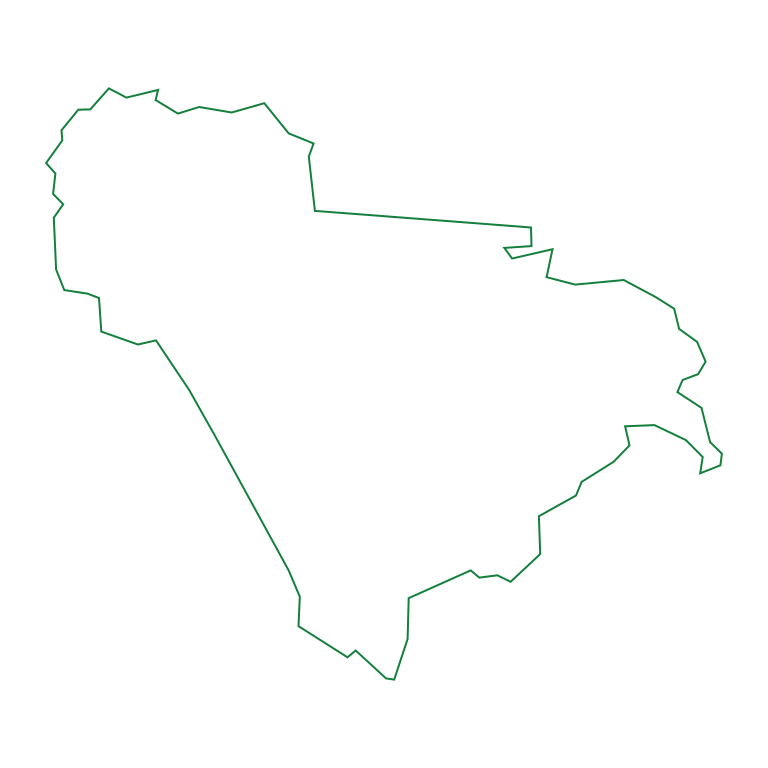 Raleigh, West Virginia, United States of America
{"feature_id": "52423323B5491062021633", "entity_name": "Raleigh", "entity_type": "district", "adm_level": 2, "iso_a3": "USA", "parent_name": "United States of America", "parent_adm1": "West Virginia", "projection": "albers", "projection_center": [-81.215, 37.749], "detail": "fine", "context": "isolated", "style": "outline", "palette": "green", "viewbox_px": 768, "rotation_deg": 0, "n_neighbors": 0, "source": "geoboundaries", "source_scale": "gbopen_adm2", "svg_char_len": 1011}
<svg xmlns="http://www.w3.org/2000/svg" viewBox="0 0 768 768"><path d="M510.6,581.8L540.2,554.1L538.9,516.2L576.0,495.5L581.7,481.8L613.6,461.8L629.5,445.4L625.1,426.3L654.4,425.1L685.9,440.1L702.7,457.0L700.2,473.3L720.4,465.3L721.9,453.7L710.1,442.1L701.5,407.9L677.4,392.1L682.6,380.0L698.2,374.1L705.6,361.6L697.1,341.9L679.1,328.9L674.2,308.8L655.9,297.2L623.7,280.0L575.2,284.6L546.6,277.2L552.5,249.2L512.1,258.5L504.3,247.9L531.5,246.1L531.0,227.5L314.9,210.9L308.8,156.6L313.6,143.5L288.7,133.4L264.3,103.2L231.7,112.5L199.1,107.0L177.9,113.6L155.6,100.0L158.1,89.9L126.4,97.6L108.9,88.4L90.3,109.4L78.3,109.7L61.5,130.3L62.3,140.4L46.1,163.0L55.4,173.5L53.1,193.9L63.2,204.3L53.8,217.7L56.1,269.5L64.3,290.1L87.3,293.6L99.0,298.0L101.3,331.6L137.9,344.5L156.0,340.4L189.2,390.0L215.8,437.3L288.7,570.5L299.8,596.7L298.5,626.2L347.5,657.3L355.7,650.5L386.0,678.4L394.2,679.6L407.6,639.0L408.7,598.1L470.7,570.4L479.3,577.6L497.4,575.3L510.6,581.8Z" fill="none" stroke="#15803d" stroke-width="2"/></svg>